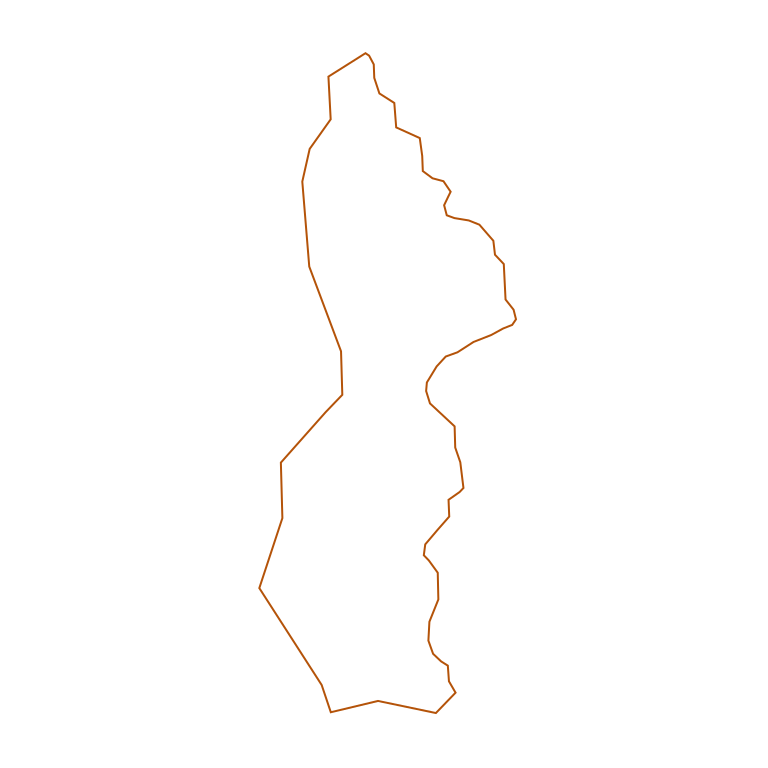 Casupá, Florida, Uruguay, rotated 357°
{"feature_id": "84410073B34818578837799", "entity_name": "Casupá", "entity_type": "district", "adm_level": 2, "iso_a3": "URY", "parent_name": "Uruguay", "parent_adm1": "Florida", "projection": "mercator", "projection_center": [-55.622, -34.095], "detail": "fine", "context": "isolated", "style": "outline", "palette": "amber", "viewbox_px": 768, "rotation_deg": 357, "n_neighbors": 0, "source": "geoboundaries", "source_scale": "gbopen_adm2", "svg_char_len": 1023}
<svg xmlns="http://www.w3.org/2000/svg" viewBox="0 0 768 768"><g transform="rotate(357 384 384)"><path d="M439.3,696.0L433.3,684.3L433.0,668.6L426.5,664.0L418.9,656.0L414.9,642.6L416.9,623.8L427.0,602.0L427.8,575.3L419.5,562.5L414.8,557.1L416.8,546.3L430.1,532.2L442.2,519.8L442.4,503.0L453.9,495.8L457.9,492.0L456.1,466.2L451.8,451.2L452.3,430.0L428.9,405.8L425.7,393.2L426.9,384.7L437.5,369.2L447.1,359.8L459.0,356.2L475.6,346.7L493.6,340.7L505.9,334.8L515.1,331.7L519.2,326.3L517.3,316.6L509.8,306.0L509.9,270.5L501.6,260.7L500.7,246.7L487.6,229.9L477.2,225.1L463.0,222.0L455.5,218.8L453.4,208.6L457.7,200.7L460.6,195.5L454.0,184.6L443.2,181.1L433.9,173.4L434.1,158.3L432.6,140.3L409.6,128.4L409.0,103.9L394.6,93.6L390.3,77.8L390.5,64.3L386.3,55.3L382.8,52.7L366.4,61.9L344.6,74.1L344.6,116.9L322.1,145.3L313.0,177.6L315.5,262.8L342.8,349.1L341.8,392.6L324.2,409.1L276.9,457.1L275.5,512.6L248.8,581.3L306.0,681.3L313.7,709.0L361.4,700.2L418.6,715.3L439.3,696.0Z" fill="none" stroke="#b45309" stroke-width="2"/></g></svg>